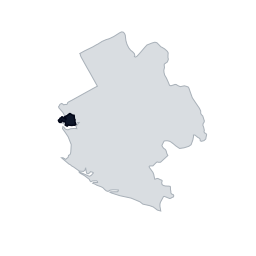 Komo-Mondah, Estuaire, Gabon (highlighted), rotated 331°
{"feature_id": "22940354B10433800471916", "entity_name": "Komo-Mondah", "entity_type": "district", "adm_level": 2, "iso_a3": "GAB", "parent_name": "Gabon", "parent_adm1": "Estuaire", "projection": "robinson", "projection_center": [9.643, 0.423], "detail": "fine", "context": "in_parent", "style": "filled", "palette": "ink", "viewbox_px": 256, "rotation_deg": 331, "n_neighbors": 0, "source": "geoboundaries", "source_scale": "gbopen_adm2", "svg_char_len": 4727}
<svg xmlns="http://www.w3.org/2000/svg" viewBox="0 0 256 256"><g transform="rotate(331 128 128)"><path d="M170.8,43.5L170.6,45.5L168.6,50.3L167.7,54.1L167.5,58.1L168.0,61.3L169.0,63.6L169.6,66.1L169.1,67.9L168.2,68.6L168.8,69.5L170.3,69.7L172.8,68.9L176.5,67.6L181.5,65.7L184.8,64.6L190.2,65.3L193.1,66.0L194.6,67.4L196.2,73.1L196.9,74.0L198.3,76.4L199.4,79.4L199.6,80.8L199.5,81.9L198.4,83.5L197.1,85.8L196.7,87.3L195.7,88.3L194.4,89.3L190.8,89.7L190.2,90.4L189.2,92.8L187.3,94.9L186.4,96.9L185.7,99.6L185.8,102.9L185.4,107.6L185.0,110.8L186.0,111.9L190.3,112.7L191.2,113.3L192.3,115.3L193.8,117.2L197.7,118.4L199.2,119.8L200.5,121.3L200.6,122.6L199.7,127.8L198.9,132.7L199.2,136.5L199.5,140.0L200.0,145.3L199.8,148.4L198.7,150.4L198.7,151.9L199.2,153.8L198.2,158.8L197.5,159.7L195.8,160.6L194.8,162.0L194.5,164.1L193.6,167.1L192.6,168.2L192.6,169.5L193.5,170.5L193.5,172.0L191.8,173.9L190.7,175.3L188.3,175.9L185.7,175.2L185.0,174.2L185.7,172.6L185.4,171.4L184.5,170.0L183.1,166.6L181.8,165.9L181.1,167.3L178.9,169.9L175.1,173.2L172.3,173.5L167.4,172.5L163.2,170.9L161.2,167.0L160.0,163.8L158.2,160.0L156.2,158.2L154.0,157.1L153.1,157.0L150.0,159.1L149.1,159.9L149.1,161.7L149.4,163.3L149.9,164.1L150.3,165.2L150.2,166.8L149.6,169.0L149.5,171.4L139.9,173.7L138.2,172.9L137.0,171.8L135.5,172.0L131.4,173.2L129.8,172.3L128.3,171.7L127.6,172.2L127.6,173.3L128.3,178.9L128.0,181.1L127.1,183.9L126.6,185.8L129.2,186.3L130.1,187.2L131.0,188.6L132.2,190.0L132.3,190.8L130.9,192.2L130.4,194.0L131.1,195.5L132.8,197.0L135.3,198.5L136.6,199.5L136.4,200.4L135.3,202.4L134.8,204.1L134.0,205.6L134.2,207.0L135.3,208.2L135.2,209.4L134.4,210.3L132.8,210.1L131.5,210.2L130.3,209.9L126.6,205.4L125.8,205.2L120.3,208.7L119.0,210.1L117.9,212.1L116.4,216.5L113.9,214.0L111.8,209.3L109.3,206.4L104.1,201.8L102.7,198.4L96.7,190.8L88.1,183.3L81.9,176.7L81.0,175.3L82.0,175.5L88.0,178.7L88.8,178.4L89.5,177.6L86.9,175.9L84.5,174.6L82.2,173.7L79.8,173.8L78.5,172.4L77.7,170.3L77.3,168.5L76.2,166.6L72.9,162.8L72.1,161.3L70.3,159.2L71.4,158.9L75.0,160.9L75.3,160.1L75.0,159.0L71.4,157.1L69.5,157.0L69.1,155.7L69.3,154.2L66.8,148.5L64.2,144.3L63.7,142.3L70.8,151.5L71.8,151.6L73.0,151.6L76.0,150.5L75.4,149.3L74.1,148.0L72.8,148.6L71.1,148.7L70.3,148.2L69.9,147.2L71.5,142.7L70.8,143.0L70.3,143.8L69.4,144.1L68.0,144.4L64.5,142.0L61.4,135.5L60.5,134.2L59.7,132.0L58.9,131.0L55.4,121.8L56.7,122.5L58.3,125.2L61.5,124.6L62.7,123.1L63.8,123.2L64.9,122.8L66.3,121.3L70.3,115.0L71.4,106.7L71.0,101.7L70.4,96.8L71.7,95.2L72.3,96.3L72.5,98.0L73.2,99.3L74.6,100.5L77.3,100.8L81.4,102.6L82.9,103.8L83.3,101.4L88.0,99.5L86.6,98.8L82.4,99.5L76.6,96.6L74.6,94.7L72.9,91.2L71.0,89.3L71.1,87.6L75.3,86.1L76.4,86.3L76.8,88.1L77.9,88.9L78.4,88.6L78.5,87.0L78.6,82.8L77.3,76.8L77.7,75.6L78.8,75.2L79.8,74.4L80.5,74.3L82.0,74.4L82.7,75.8L83.0,76.6L84.5,76.9L85.6,77.7L86.6,77.5L87.5,76.6L88.7,76.4L92.5,76.5L95.9,76.5L102.7,76.5L109.6,76.5L116.4,76.5L121.5,76.6L121.5,73.1L121.5,67.8L121.5,61.5L121.4,55.5L121.4,49.9L121.4,43.3L121.6,41.4L122.0,40.6L121.9,39.5L127.2,39.5L136.7,40.0L140.9,39.9L142.1,40.0L147.3,39.7L151.6,40.1L153.4,40.5L155.0,40.8L160.0,41.1L166.7,40.7L168.9,40.8L170.2,41.7L170.8,43.5Z" fill="#d9dde1" stroke="#a8b0b8" stroke-width="1"/><path d="M86.9,90.5L86.3,90.5L86.0,90.4L85.8,90.1L85.6,89.7L85.5,89.4L85.3,88.9L84.9,88.5L84.7,87.9L84.5,87.5L84.2,87.2L83.4,87.1L83.0,87.3L82.5,87.4L82.1,87.4L81.7,87.4L81.4,87.6L81.0,87.7L80.4,87.7L80.1,87.5L79.5,87.5L78.1,87.5L78.1,87.8L78.3,88.4L78.4,88.8L78.3,89.8L78.2,90.2L77.9,90.5L77.7,90.5L77.8,90.1L78.0,89.7L78.0,89.3L78.0,88.9L78.0,88.4L77.7,88.3L77.5,88.6L77.2,88.8L76.9,88.8L76.8,88.4L76.7,88.1L76.5,87.9L76.4,87.6L76.4,87.3L76.2,87.1L76.0,86.7L75.8,86.3L75.5,86.2L75.2,86.3L74.5,86.7L74.2,86.7L73.9,86.6L73.5,86.5L73.2,86.6L72.9,87.0L72.3,87.2L71.8,87.3L71.2,87.4L70.9,87.5L70.8,87.8L70.7,88.5L70.7,89.2L70.8,89.6L71.0,90.0L71.3,90.2L71.6,90.3L72.1,90.7L72.6,90.3L73.0,89.8L73.4,89.5L73.7,89.3L74.1,89.5L74.2,90.2L74.3,90.6L74.4,91.0L74.6,91.2L74.8,91.4L75.2,91.5L75.5,91.5L75.8,91.7L76.0,91.9L76.0,92.2L75.9,92.6L75.8,93.0L75.8,93.4L75.7,93.8L75.5,94.2L75.2,94.5L74.6,95.1L74.8,95.4L75.1,96.0L75.2,96.3L75.6,96.7L75.8,96.9L76.0,96.9L76.2,96.7L76.4,96.6L76.6,96.5L77.0,96.5L77.2,96.4L77.3,96.2L77.5,96.4L77.6,96.6L77.8,96.9L78.4,97.3L79.4,98.1L80.0,98.5L80.3,98.7L80.6,98.7L80.9,98.7L81.2,98.7L81.4,98.8L81.7,99.1L81.9,99.3L82.6,99.6L83.0,99.8L83.3,99.8L84.1,99.6L84.1,98.9L84.1,98.6L84.2,98.2L84.3,97.9L84.5,97.7L84.6,97.2L84.6,96.9L84.7,96.7L84.8,96.4L85.1,96.0L85.2,95.7L85.4,95.5L85.6,95.3L85.7,94.9L85.7,94.7L85.6,94.3L85.7,93.9L85.8,93.5L86.0,93.0L86.2,92.7L86.3,92.4L86.5,92.0L86.7,91.6L86.9,91.0L87.0,90.8L87.0,90.7L86.9,90.5Z" fill="#0f172a" stroke="#020617" stroke-width="1.5"/></g></svg>